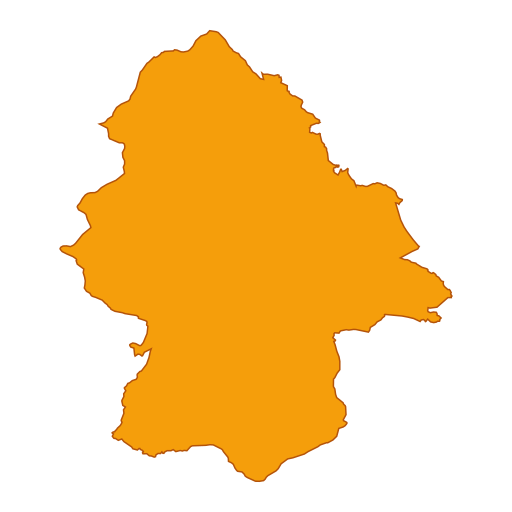 outline of Braesti, Buzau, Romania
{"feature_id": "2599482B63249813627475", "entity_name": "Braesti", "entity_type": "district", "adm_level": 2, "iso_a3": "ROU", "parent_name": "Romania", "parent_adm1": "Buzau", "projection": "natural_earth1", "projection_center": [26.505, 45.442], "detail": "fine", "context": "isolated", "style": "filled", "palette": "amber", "viewbox_px": 512, "rotation_deg": 0, "n_neighbors": 0, "source": "geoboundaries", "source_scale": "gbopen_adm2", "svg_char_len": 6028}
<svg xmlns="http://www.w3.org/2000/svg" viewBox="0 0 512 512"><path d="M441.1,318.0L438.8,315.8L437.2,315.5L437.0,313.6L436.3,312.3L433.6,312.0L430.3,312.7L428.1,311.7L427.7,310.6L428.1,307.6L429.9,308.1L437.0,307.2L447.9,297.6L451.3,297.6L451.2,296.3L451.9,296.0L450.6,293.9L451.2,292.6L450.1,290.4L449.3,289.5L447.9,289.6L444.4,286.5L443.6,285.2L443.2,283.6L443.4,281.6L441.4,281.0L438.7,277.3L436.2,275.9L435.8,274.5L433.5,272.7L433.1,272.6L432.1,273.4L431.1,273.3L428.3,271.5L427.7,270.8L428.0,270.1L427.7,269.5L426.9,268.8L421.9,267.3L416.5,264.0L415.9,263.2L411.3,262.2L409.9,260.9L407.3,259.7L404.6,259.6L400.3,257.9L412.2,251.4L417.8,248.9L419.2,246.4L418.6,246.2L413.1,239.7L406.9,231.4L404.1,227.1L400.7,220.1L395.6,202.9L397.6,203.3L398.9,204.4L399.8,202.7L402.2,200.6L402.3,199.5L399.6,198.7L398.1,197.6L396.5,195.0L396.1,192.9L395.0,191.1L391.6,188.5L387.9,186.8L385.8,184.9L383.8,185.3L380.4,183.5L377.1,182.8L374.8,183.8L373.2,183.6L367.3,186.4L365.4,186.4L362.2,185.4L360.6,185.8L356.8,185.1L356.3,185.3L356.1,186.2L353.9,180.7L351.4,178.8L349.1,175.5L347.9,173.3L347.7,172.3L348.1,168.9L347.6,168.5L345.3,170.4L342.1,171.6L341.3,169.3L340.7,169.3L339.6,172.2L338.0,175.0L334.6,172.8L333.4,170.9L333.9,170.4L333.4,169.1L334.1,167.7L335.7,167.5L336.2,166.4L337.5,167.1L338.6,166.9L338.8,166.5L338.2,165.7L338.7,165.3L338.1,165.1L337.4,165.5L336.9,165.2L336.8,165.6L333.2,164.5L328.3,160.5L327.5,153.1L326.6,150.4L326.6,148.7L325.6,147.1L324.4,146.7L324.4,144.5L321.8,141.8L320.2,135.2L320.2,133.8L319.5,133.4L317.9,134.2L316.2,134.2L312.4,132.4L311.4,133.0L309.6,132.3L309.9,128.6L309.4,127.9L310.7,126.9L310.6,125.6L316.3,123.3L318.5,123.4L320.0,122.4L319.3,121.9L319.6,121.0L319.4,120.1L315.4,118.1L312.7,114.2L307.5,112.6L306.2,111.7L304.6,109.8L301.6,108.1L301.0,106.7L301.3,105.1L302.7,102.1L302.0,100.1L294.9,96.0L292.6,95.9L290.0,94.0L289.0,92.3L289.1,91.4L287.4,90.9L287.2,90.4L287.3,85.7L280.8,82.7L281.6,80.4L280.9,77.1L279.2,77.4L279.0,75.3L277.7,74.8L274.2,75.7L267.6,74.2L263.4,74.3L262.0,73.1L263.6,79.4L260.3,78.7L256.0,73.9L252.7,71.8L249.5,66.9L247.3,64.9L245.4,60.7L240.6,56.8L238.5,53.5L236.3,52.8L233.0,51.0L232.4,49.7L229.2,46.6L225.3,39.9L218.2,32.5L216.1,31.7L209.7,30.7L206.7,34.0L200.8,36.1L195.9,40.7L193.1,46.1L189.8,49.8L187.8,51.1L183.5,52.0L181.0,51.8L177.0,50.1L174.5,49.8L173.4,50.9L164.4,51.4L163.4,52.4L161.6,52.7L160.0,54.7L157.4,56.7L155.4,57.5L154.1,56.9L148.7,62.2L147.0,63.3L142.3,70.1L140.3,72.2L136.4,87.1L135.6,89.1L130.7,96.2L130.0,99.1L128.6,100.9L121.3,104.1L116.6,107.5L113.3,113.0L112.5,116.1L107.8,119.0L105.7,121.7L103.7,122.9L99.4,124.0L107.5,128.2L108.6,133.7L108.6,136.3L109.6,138.7L119.3,142.8L122.6,142.8L124.3,144.0L124.8,146.3L124.6,148.5L122.4,152.7L122.9,157.3L124.6,160.7L124.6,164.1L123.3,167.2L124.3,171.3L124.5,173.5L116.0,180.3L107.0,184.3L101.3,187.7L97.6,191.3L95.0,192.6L90.3,192.8L87.6,193.5L85.2,195.1L82.4,198.6L80.0,203.0L77.7,205.6L77.2,206.9L78.6,209.8L84.2,212.8L86.0,214.4L87.4,219.4L90.4,225.6L90.9,227.6L82.6,234.5L75.6,243.3L73.6,245.1L70.5,246.6L66.6,245.9L63.1,246.0L61.0,247.1L60.1,248.4L60.3,249.4L62.2,251.6L66.7,253.9L73.0,256.6L76.1,258.8L76.7,260.0L76.1,260.7L77.3,264.2L83.8,269.0L83.2,272.7L84.6,277.1L85.3,281.0L84.9,285.2L84.3,288.0L86.5,291.3L89.9,293.2L91.2,295.5L92.3,296.3L95.8,297.4L102.2,300.1L105.0,303.0L107.2,304.6L108.2,306.3L110.3,308.0L111.0,309.3L112.7,310.2L115.0,311.3L122.4,312.7L124.9,313.6L136.5,315.5L138.4,316.7L138.3,318.0L138.7,318.4L145.4,320.6L146.8,321.5L147.0,322.8L146.6,324.6L146.8,325.3L147.9,326.2L147.1,333.5L143.4,342.4L141.4,345.0L140.6,345.6L139.5,345.6L135.7,343.6L132.8,343.0L130.5,344.1L129.8,344.7L129.8,345.5L130.8,347.1L133.9,348.1L134.6,354.6L135.1,356.1L138.0,354.1L139.8,354.4L141.9,356.0L142.5,355.8L144.4,352.2L151.2,348.8L150.4,351.1L149.0,357.5L146.6,364.2L141.4,371.0L139.9,371.5L137.3,374.1L137.1,375.0L137.4,377.3L136.2,379.3L132.3,380.6L129.6,382.8L127.8,383.4L126.5,385.9L124.4,387.7L124.4,388.3L125.8,390.8L123.7,393.8L123.9,396.5L121.9,400.4L121.9,401.5L122.8,405.4L125.4,407.0L123.5,409.8L123.9,413.3L121.3,419.9L121.2,420.7L122.0,422.2L121.4,423.7L120.3,425.5L117.4,428.2L116.5,429.7L115.3,430.6L114.8,431.7L113.1,432.0L112.1,432.9L113.5,434.0L112.3,436.2L113.2,437.5L114.0,438.4L115.5,438.5L118.3,440.3L121.8,439.0L123.9,441.6L131.6,446.9L132.9,448.8L137.4,450.0L139.0,448.5L139.9,448.5L140.3,449.5L142.0,450.1L142.5,450.9L143.4,451.3L143.4,451.7L142.5,452.8L143.0,453.8L146.8,453.7L149.3,455.8L151.4,456.0L154.2,457.1L155.5,456.7L155.9,455.0L157.9,453.5L160.6,453.5L161.9,451.9L162.9,453.3L163.9,453.3L164.6,452.1L167.0,450.7L171.0,450.7L173.2,449.6L175.8,451.6L180.2,450.5L182.4,451.0L184.1,450.4L186.9,450.7L190.6,446.6L192.4,445.8L205.8,445.3L209.9,444.7L213.3,444.9L221.5,449.0L222.5,449.9L223.4,451.6L227.9,457.2L228.3,458.3L228.5,461.4L231.5,462.8L233.3,464.3L235.0,468.1L236.7,470.5L237.7,471.3L241.9,471.9L244.1,474.0L245.3,476.2L247.3,477.5L255.4,481.2L259.4,481.3L263.6,480.6L265.2,479.1L266.2,477.3L267.8,475.7L276.0,470.9L278.2,468.7L281.1,463.8L287.7,458.9L292.9,457.8L304.4,454.0L308.1,451.6L317.9,446.7L320.3,444.9L326.6,442.7L327.7,442.8L332.9,440.0L336.7,436.3L338.8,428.4L343.1,427.0L345.1,425.7L346.5,424.0L347.0,423.0L346.6,422.3L343.5,420.6L343.3,419.7L346.0,414.7L345.6,406.7L345.1,405.6L343.6,404.2L343.1,402.8L336.7,397.6L335.6,394.4L334.8,388.9L333.5,386.8L333.4,385.7L333.5,379.1L334.8,377.7L337.1,373.2L339.8,369.7L339.8,361.3L339.0,356.8L336.8,351.2L335.1,344.8L333.8,341.4L335.2,340.9L335.5,340.1L332.8,337.7L334.1,335.4L334.0,333.6L334.7,332.8L339.0,333.1L340.1,331.3L340.9,330.8L346.2,329.7L348.9,330.1L353.5,329.4L355.9,329.5L368.4,332.1L369.6,330.4L370.3,327.4L374.9,324.6L377.1,321.9L380.9,319.9L382.5,317.8L384.4,316.4L384.7,315.6L384.5,314.7L384.9,314.4L402.1,316.0L407.9,317.1L413.7,318.5L420.1,321.5L421.2,320.0L423.4,319.5L424.8,320.5L425.4,321.6L425.9,321.4L427.7,319.1L430.6,321.9L433.7,322.6L436.3,322.1L437.5,321.3L439.5,321.2L439.8,320.8L439.7,319.6L441.1,318.0Z" fill="#f59e0b" stroke="#b45309" stroke-width="1.5"/></svg>